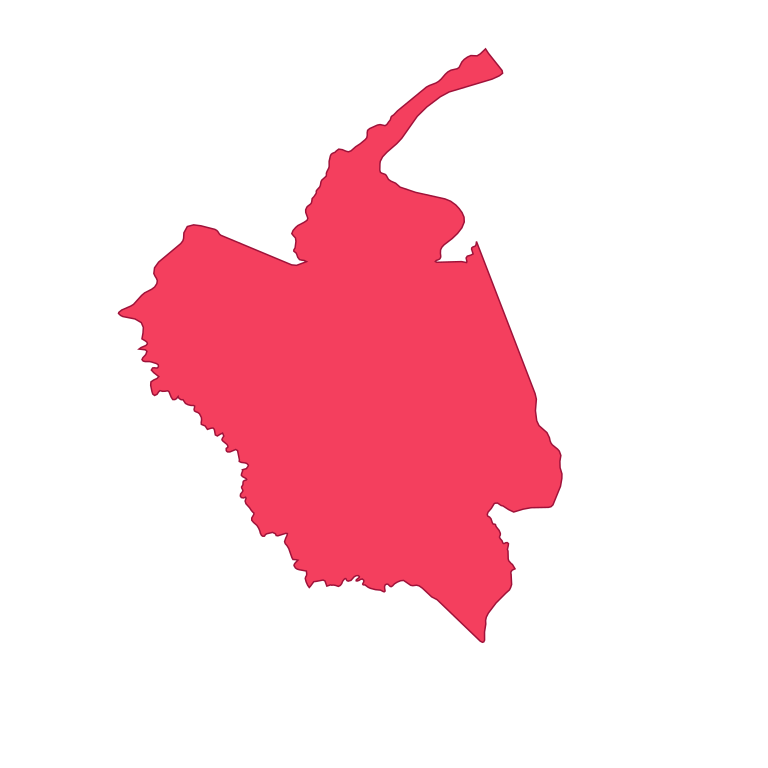 map outline of Guainía (Robinson projection), rotated 249°
{"feature_id": "COL-1424", "entity_name": "Guainía", "entity_type": "Commissiary", "adm_level": 1, "iso_a3": "COL", "parent_name": "Colombia", "parent_adm1": "", "projection": "robinson", "projection_center": [-68.772, 2.606], "detail": "fine", "context": "isolated", "style": "filled", "palette": "rose", "viewbox_px": 768, "rotation_deg": 249, "n_neighbors": 0, "source": "natural_earth", "source_scale": "10m", "svg_char_len": 6171}
<svg xmlns="http://www.w3.org/2000/svg" viewBox="0 0 768 768"><g transform="rotate(249 384 384)"><path d="M634.4,606.6L631.6,606.1L630.4,602.2L629.9,594.1L633.3,549.4L632.0,539.5L627.3,523.2L622.0,511.0L607.0,488.6L603.8,482.0L599.4,469.9L596.6,464.1L593.2,460.3L591.0,459.1L585.1,456.7L583.0,456.5L581.8,457.3L579.4,460.1L578.2,460.8L573.4,461.5L571.0,463.1L567.3,466.8L562.0,469.6L551.5,482.3L535.0,507.2L530.8,511.7L525.4,515.2L520.9,517.0L516.0,518.3L511.1,518.5L506.5,517.0L501.9,512.7L498.2,506.6L495.4,499.9L492.4,489.9L491.0,487.1L489.0,484.9L485.8,483.5L483.0,482.8L482.0,482.3L480.9,481.1L480.6,480.0L480.6,476.9L479.9,475.8L478.7,476.9L470.5,500.2L467.8,504.6L468.7,505.3L472.2,505.8L473.5,507.6L473.2,511.0L473.5,513.8L478.6,514.1L479.7,514.8L480.1,516.2L480.0,518.1L480.4,519.2L481.5,520.1L483.9,521.4L320.9,521.6L315.2,520.8L304.8,515.8L294.9,513.4L289.6,513.8L280.2,518.7L274.6,519.2L271.6,518.7L269.2,518.7L266.9,519.3L261.0,522.7L258.5,523.6L253.9,523.5L248.8,520.5L242.8,518.4L236.3,517.9L232.1,516.2L225.2,512.1L210.6,498.4L209.6,495.9L209.9,493.3L215.8,477.0L217.3,469.0L218.0,459.2L222.1,455.3L227.5,451.4L228.6,449.8L232.1,447.4L232.9,445.0L232.8,444.0L229.4,439.6L227.0,435.1L225.1,433.6L223.5,433.5L221.9,434.9L219.8,435.6L215.6,435.4L214.0,435.8L213.4,437.3L212.6,437.7L211.5,437.5L210.2,437.7L206.1,439.0L202.9,439.1L201.4,438.5L200.5,437.5L199.6,436.9L197.9,437.1L195.4,438.0L193.1,438.0L192.2,438.5L192.0,439.4L192.2,440.8L191.8,442.2L190.4,443.0L188.6,442.1L185.3,439.9L183.6,439.9L176.3,437.3L174.3,437.1L170.5,438.5L169.6,439.2L164.5,440.1L164.3,437.0L163.2,435.3L161.9,434.6L160.9,434.5L151.1,431.3L148.6,429.3L146.8,427.3L145.0,422.6L139.4,410.1L132.7,399.3L129.7,396.0L126.8,394.1L123.4,393.0L116.5,389.0L108.8,386.1L107.5,384.7L107.6,383.3L109.4,381.7L163.6,356.3L168.2,352.2L179.6,346.7L182.9,344.5L184.5,342.3L185.4,338.6L186.5,336.8L193.6,331.9L194.4,329.0L194.3,325.4L193.7,322.2L192.5,319.7L192.2,318.2L192.7,317.3L195.7,315.9L196.3,314.5L196.0,313.1L194.8,312.0L193.5,311.5L190.3,310.8L189.9,309.8L190.4,309.0L192.8,306.9L195.1,302.3L198.1,298.1L200.0,296.3L203.2,294.3L203.7,293.0L204.3,292.4L204.9,292.4L206.7,294.3L208.0,294.8L209.7,293.9L210.0,292.2L209.6,290.2L209.7,288.3L210.2,287.5L210.9,287.7L211.4,288.7L212.3,291.5L213.1,292.0L214.4,291.2L215.0,289.3L214.7,287.1L212.5,282.8L212.8,279.9L213.8,278.9L216.0,278.6L216.3,277.8L215.8,276.5L214.6,274.6L212.8,273.0L211.6,271.0L211.4,268.9L213.4,266.5L214.4,264.8L215.0,262.9L215.6,262.1L215.8,258.2L221.3,258.3L222.8,256.9L224.0,250.1L224.6,247.6L221.6,242.9L220.8,241.3L223.5,240.6L227.3,240.4L230.7,240.8L232.1,241.9L232.7,242.8L234.1,243.7L237.2,244.5L241.0,238.3L242.3,236.6L244.0,235.4L246.7,234.9L247.8,235.6L248.9,237.2L250.4,240.5L251.4,239.1L252.8,236.1L255.0,235.8L264.5,236.1L267.9,235.5L270.3,234.6L272.5,234.7L275.3,237.0L277.6,239.4L279.0,240.2L279.8,238.7L280.3,230.5L281.2,229.0L283.0,229.0L285.4,226.8L286.2,220.7L285.8,219.2L284.8,217.9L285.3,216.3L286.5,215.4L289.1,215.1L291.3,215.4L294.3,215.3L297.5,214.7L301.5,212.6L304.2,211.7L306.3,212.5L308.9,215.7L310.2,216.3L311.4,215.6L313.6,214.8L316.5,214.2L321.7,212.2L324.5,212.4L326.8,214.3L327.9,214.2L328.0,211.9L329.1,210.1L330.9,209.7L332.7,210.7L333.8,212.7L334.8,214.0L336.3,214.1L337.9,213.9L338.9,214.1L340.5,216.2L343.0,217.3L343.7,218.0L343.9,219.1L343.8,221.1L344.0,221.6L345.1,221.4L348.3,218.7L350.0,218.1L351.3,218.9L353.7,221.0L354.7,221.0L354.3,225.4L355.0,226.1L355.7,227.4L356.8,228.3L358.9,227.5L360.1,226.1L362.0,222.6L363.6,221.1L365.3,221.9L374.3,223.4L376.0,222.1L375.8,215.9L376.7,213.6L377.7,213.0L378.5,212.9L380.4,213.6L380.6,214.0L380.7,215.3L381.9,216.0L383.8,215.8L388.5,213.1L390.0,212.7L391.2,213.6L392.8,215.8L396.0,215.7L395.8,213.0L395.2,209.8L396.9,208.3L402.5,209.3L404.2,208.6L404.7,206.8L404.9,202.9L408.9,202.0L411.8,199.0L413.5,199.5L415.8,200.8L418.1,201.5L422.3,201.1L424.1,200.0L425.5,198.4L426.8,197.4L428.5,197.6L430.0,198.7L431.3,199.3L432.2,198.5L433.1,196.2L434.9,193.6L437.0,191.7L441.4,190.7L442.0,189.0L443.5,187.8L445.0,187.2L446.1,187.3L444.7,185.1L444.4,183.1L445.2,181.2L448.1,180.6L454.0,180.5L455.2,179.5L455.7,177.0L456.6,174.5L458.1,172.5L457.4,170.8L455.7,168.4L455.5,165.7L457.5,164.5L460.5,164.7L466.4,165.7L469.5,167.2L470.3,170.5L470.5,174.1L471.6,176.4L477.1,173.1L480.4,171.8L481.9,173.7L481.5,175.3L480.6,176.9L480.2,178.4L481.1,179.7L483.0,180.1L484.7,178.8L487.9,174.8L489.0,173.1L490.5,169.1L491.7,167.4L493.5,166.8L494.9,168.2L496.9,172.2L499.5,174.4L501.4,173.5L504.4,167.8L505.1,170.2L505.3,175.6L506.3,177.5L507.9,177.7L509.7,176.7L512.9,174.2L518.0,177.3L523.1,179.6L528.3,179.4L534.0,174.8L540.6,164.3L542.5,162.6L545.0,161.4L545.9,162.1L547.1,165.7L547.5,175.4L548.1,178.7L553.6,189.5L554.9,193.3L555.7,201.0L556.7,204.6L559.1,207.9L561.7,209.4L564.2,209.4L566.8,208.9L569.6,208.7L574.7,211.4L578.6,217.3L587.9,244.5L589.8,247.6L591.8,249.1L596.9,251.4L601.5,256.8L600.8,263.3L597.3,269.8L589.0,281.5L587.3,282.9L585.9,283.5L582.9,284.1L581.3,285.0L528.3,340.5L526.1,344.9L526.0,355.5L528.0,353.7L529.1,351.6L530.4,349.7L533.2,348.9L536.2,349.0L537.7,348.9L540.3,347.4L541.5,347.9L543.0,349.8L548.7,352.9L552.1,353.7L554.8,352.6L557.4,351.8L559.9,354.1L561.8,357.6L562.8,360.4L563.6,367.4L564.4,370.8L566.0,372.3L572.2,372.4L574.7,373.3L576.8,375.4L577.4,376.7L578.2,379.6L578.8,380.8L580.0,381.8L582.9,383.4L584.0,385.7L586.1,388.7L586.7,389.3L588.4,389.9L589.4,391.3L591.0,394.6L592.3,395.8L595.3,397.6L596.6,398.9L598.7,404.4L599.9,405.2L601.4,405.7L602.9,407.0L605.5,409.9L606.8,410.8L611.6,412.6L616.2,415.7L617.3,416.9L617.8,418.4L617.9,421.4L618.6,422.8L619.5,425.9L617.7,429.1L615.0,431.9L613.5,434.0L613.5,436.8L615.7,442.7L616.7,447.5L618.9,454.1L620.1,456.2L622.2,457.5L624.7,458.4L626.7,459.6L627.6,462.1L628.1,470.6L627.6,473.3L624.8,477.6L625.2,479.6L627.1,482.4L628.2,484.4L630.8,486.4L631.4,487.6L631.7,489.3L634.2,494.6L646.0,530.0L646.4,533.4L646.4,540.3L646.9,543.3L648.2,546.7L651.2,552.2L652.5,555.5L653.0,559.0L652.1,565.3L652.6,567.5L656.8,572.2L658.3,575.2L659.3,579.1L659.5,582.8L657.0,588.5L657.7,592.2L660.5,598.9L655.3,600.0L634.4,606.6Z" fill="#f43f5e" stroke="#9f1239" stroke-width="1.5"/></g></svg>